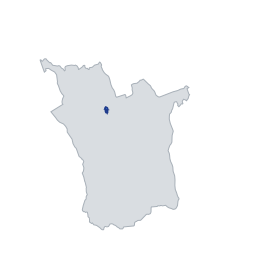 Tshilenge, Kasaï-Oriental, Democratic Republic of the Congo (highlighted), rotated 160°
{"feature_id": "63176286B2433914913285", "entity_name": "Tshilenge", "entity_type": "district", "adm_level": 2, "iso_a3": "COD", "parent_name": "Democratic Republic of the Congo", "parent_adm1": "Kasaï-Oriental", "projection": "equal_earth", "projection_center": [23.644, -6.465], "detail": "fine", "context": "in_parent", "style": "filled", "palette": "blue", "viewbox_px": 256, "rotation_deg": 160, "n_neighbors": 0, "source": "geoboundaries", "source_scale": "gbopen_adm2", "svg_char_len": 4807}
<svg xmlns="http://www.w3.org/2000/svg" viewBox="0 0 256 256"><g transform="rotate(160 128 128)"><path d="M194.9,169.6L181.1,172.5L181.4,173.6L181.2,174.7L180.9,175.5L179.5,177.8L177.4,179.9L177.4,180.4L178.4,182.8L179.0,186.0L178.9,191.6L179.1,193.2L179.1,194.3L178.4,195.7L176.9,202.4L177.8,205.7L180.5,208.8L182.1,211.1L184.8,211.9L185.2,211.7L185.4,209.9L187.5,209.1L187.4,221.2L187.3,221.9L186.9,222.0L186.4,221.6L186.2,220.5L185.6,220.0L183.0,221.5L182.4,221.4L181.7,221.2L181.1,220.6L181.0,219.6L179.2,216.1L178.3,215.9L177.3,212.7L173.2,210.4L171.6,210.2L170.8,209.5L170.0,207.0L168.6,205.4L168.3,203.7L168.1,203.4L167.2,203.8L166.5,206.6L165.6,207.2L163.9,207.3L159.7,206.5L156.7,205.0L155.9,205.1L154.7,203.8L154.2,201.7L154.5,200.0L154.3,199.8L149.7,201.1L148.6,202.0L147.5,201.8L147.2,201.3L147.7,200.2L147.4,198.9L147.1,198.4L145.7,197.9L145.3,196.6L144.5,196.4L144.2,196.6L144.0,197.5L143.5,197.8L140.8,197.3L137.9,198.5L134.1,198.2L132.3,199.6L132.0,199.6L131.6,198.9L131.2,196.6L131.4,195.9L132.0,195.5L132.2,194.6L132.0,192.2L132.2,191.6L131.9,190.3L131.4,188.1L130.6,186.3L128.8,183.6L128.5,182.4L128.6,179.4L129.2,174.6L129.1,171.1L128.4,168.8L128.2,166.3L128.7,161.9L128.2,160.8L119.5,160.5L119.1,160.1L119.0,159.5L119.4,156.9L114.1,157.5L112.5,158.0L111.5,159.1L111.2,160.5L111.1,162.4L110.3,164.2L110.1,167.3L108.6,167.7L107.2,167.7L104.3,167.0L101.6,167.9L100.2,168.8L99.5,168.4L97.0,168.7L96.7,168.4L93.8,162.3L92.6,160.3L92.3,159.2L92.4,158.3L92.1,157.0L90.7,153.8L90.5,152.4L90.5,150.1L90.4,149.3L89.2,147.3L88.4,146.6L87.5,146.3L73.3,146.6L68.5,146.2L65.1,146.5L63.3,146.3L62.9,146.0L61.3,146.4L60.5,147.3L59.2,147.7L58.5,147.5L57.0,145.2L59.0,144.8L59.1,144.6L59.2,139.1L58.7,138.3L59.8,137.4L61.5,135.0L63.2,134.1L63.4,133.6L63.8,133.6L64.4,134.7L65.9,136.0L67.7,134.8L67.9,134.5L68.1,132.1L68.5,131.9L69.3,132.4L69.8,132.4L70.6,131.8L72.9,130.6L73.6,132.1L72.9,133.5L73.2,134.4L73.3,135.9L73.7,136.3L75.5,136.4L76.0,136.1L79.6,130.7L80.6,130.0L82.1,127.9L84.1,126.9L85.0,125.2L86.2,122.2L86.7,117.8L86.5,110.3L86.7,109.3L89.1,105.9L91.6,99.7L93.3,98.1L94.6,97.4L96.5,95.2L98.1,92.9L97.9,90.2L98.3,87.9L99.1,85.0L99.4,82.0L99.1,78.7L99.2,76.1L100.4,71.9L100.5,67.1L101.6,63.1L103.6,58.0L104.6,54.1L104.5,50.4L104.7,47.6L104.6,46.0L104.2,44.6L104.4,43.7L105.2,43.3L106.2,41.9L108.0,38.2L109.9,36.4L111.2,35.8L112.6,35.9L113.5,36.2L115.0,37.7L116.6,38.8L117.9,40.3L119.1,42.5L122.1,43.0L123.3,43.8L124.1,44.1L124.4,43.9L125.0,44.0L126.4,44.7L127.5,44.3L133.0,45.8L133.6,45.1L135.1,41.2L136.3,39.9L138.2,39.8L139.6,40.5L140.4,40.5L147.1,37.2L148.0,37.0L150.4,37.8L152.0,37.3L152.7,37.4L154.1,36.9L155.2,34.5L156.1,34.0L165.8,36.5L167.2,35.3L167.9,35.1L170.1,36.0L170.8,37.4L172.0,38.7L173.0,40.7L174.4,41.8L175.1,42.9L176.0,43.6L177.8,43.9L180.0,42.1L181.6,42.3L183.1,43.3L183.7,43.2L184.9,42.2L185.5,41.0L186.1,40.8L187.1,41.3L187.8,42.3L188.5,43.9L190.9,47.3L193.3,48.8L193.9,50.9L194.7,50.7L195.1,50.9L195.7,52.3L196.2,52.5L196.3,53.1L195.7,54.4L195.1,56.8L195.9,58.3L195.3,60.4L195.0,62.7L195.7,63.2L196.7,63.2L197.6,64.4L198.3,64.5L199.0,65.8L198.9,66.8L196.6,70.4L193.1,74.9L191.9,75.4L191.3,76.3L190.9,77.6L189.9,78.7L189.1,79.1L189.0,82.3L187.9,85.7L187.4,86.4L186.8,91.8L186.9,92.7L186.3,97.2L186.4,101.3L184.7,102.6L183.5,104.7L183.0,106.1L183.0,109.4L181.1,111.5L181.0,112.0L181.5,114.3L182.2,114.7L182.2,115.5L183.7,118.1L183.6,125.9L183.7,126.7L184.5,128.5L185.0,132.1L184.4,136.6L186.5,144.9L185.5,147.9L186.0,150.8L187.2,153.8L190.2,156.8L190.9,158.1L191.7,159.7L192.4,162.3L194.9,169.6Z" fill="#d9dde1" stroke="#a8b0b8" stroke-width="1"/><path d="M140.6,154.1L140.8,154.3L140.9,154.5L141.0,154.7L141.1,154.8L141.3,155.0L141.5,155.2L141.6,155.3L141.8,155.4L141.9,155.2L142.0,155.2L142.3,155.1L142.4,154.9L142.5,154.9L142.5,155.0L142.8,154.9L142.7,154.9L142.9,154.6L142.9,154.4L143.0,154.4L143.1,154.2L142.9,154.2L143.0,154.1L142.9,154.1L142.9,153.9L142.9,153.7L143.0,153.5L143.0,153.4L143.0,153.2L143.1,152.9L143.0,152.7L143.1,152.4L143.2,152.5L143.2,152.4L143.2,152.2L143.3,152.1L143.2,151.9L143.2,151.6L143.3,151.7L143.5,151.3L143.6,151.1L143.5,150.9L143.4,150.8L143.3,150.6L143.4,150.3L143.5,150.3L143.5,150.2L143.4,150.0L143.2,150.1L143.2,149.9L142.9,149.8L142.8,149.7L142.6,149.7L142.4,149.3L142.4,149.2L142.3,149.3L142.2,149.3L142.0,149.5L141.9,149.5L141.8,149.8L141.8,150.0L141.7,150.0L141.7,149.9L141.6,150.0L141.6,150.3L141.5,150.5L141.5,150.8L141.5,151.0L141.5,151.3L141.4,151.4L141.4,151.5L141.3,151.8L141.2,151.8L141.2,151.7L141.1,151.8L141.2,152.0L140.9,152.1L140.9,151.9L140.7,151.9L140.8,152.0L140.7,152.2L140.6,152.3L140.6,152.6L140.6,152.8L140.6,153.0L140.5,153.3L140.4,153.5L140.5,153.8L140.5,154.0L140.6,154.1ZM142.1,152.3L142.3,152.4L142.3,152.5L142.2,152.6L142.1,152.4L142.1,152.3Z" fill="#3b82f6" stroke="#1e3a8a" stroke-width="1.5"/></g></svg>